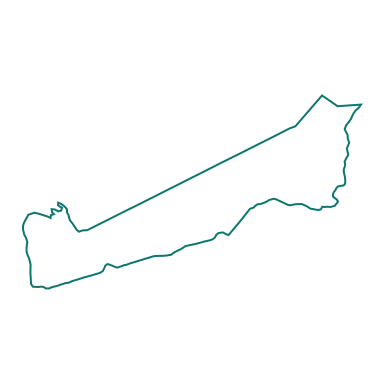 outline of São Bento, Maranhão, Brazil
{"feature_id": "56859067B97105497682908", "entity_name": "São Bento", "entity_type": "district", "adm_level": 2, "iso_a3": "BRA", "parent_name": "Brazil", "parent_adm1": "Maranhão", "projection": "orthographic", "projection_center": [-45.016, -2.785], "detail": "fine", "context": "isolated", "style": "outline", "palette": "teal", "viewbox_px": 384, "rotation_deg": 0, "n_neighbors": 0, "source": "geoboundaries", "source_scale": "gbopen_adm2", "svg_char_len": 2365}
<svg xmlns="http://www.w3.org/2000/svg" viewBox="0 0 384 384"><path d="M361.0,104.6L337.6,106.2L322.0,95.5L295.4,126.3L289.4,128.5L285.9,130.3L279.8,133.4L271.0,137.9L260.2,143.3L238.0,154.5L232.5,157.2L222.0,162.4L209.8,168.6L175.9,185.7L154.7,196.4L133.6,207.0L130.8,208.3L87.2,230.2L82.7,230.4L78.9,231.7L76.7,229.8L72.2,223.0L70.2,220.8L69.2,218.2L68.5,215.1L66.9,212.3L67.1,209.5L65.6,207.6L63.2,205.3L60.6,203.7L58.2,202.7L58.0,205.2L59.9,206.7L62.0,207.6L61.2,210.5L58.3,211.4L54.9,209.5L51.6,209.2L52.1,212.3L53.9,214.2L50.8,215.2L50.6,218.0L47.5,216.5L38.7,213.7L34.3,212.7L30.6,214.0L28.3,214.8L24.0,222.7L23.0,226.0L23.0,229.2L24.3,234.7L26.0,237.9L27.3,242.1L26.5,248.0L26.6,251.6L27.4,254.5L29.3,259.1L30.6,264.8L30.4,272.6L31.1,284.1L32.9,286.7L38.3,287.0L41.1,286.6L43.6,287.0L45.8,288.4L49.0,288.5L51.3,287.4L54.2,286.6L57.3,285.9L59.3,285.1L62.9,283.9L66.3,282.9L68.6,282.8L71.5,281.4L74.4,280.4L76.9,279.7L79.8,278.8L82.6,277.9L85.2,277.1L90.1,275.8L95.9,274.1L98.3,273.4L100.7,272.5L102.9,270.9L104.2,268.4L105.3,265.7L107.3,264.1L109.5,264.6L112.0,265.6L115.0,266.9L117.3,267.6L120.3,266.6L123.8,265.3L126.7,264.7L130.3,263.3L133.8,262.3L136.6,261.4L139.1,260.6L141.7,259.9L145.0,258.8L149.5,257.5L153.3,256.3L155.8,256.0L158.2,255.9L161.3,255.9L164.9,255.7L167.9,255.3L171.1,254.8L173.8,252.6L178.2,250.4L180.9,249.1L183.1,247.7L185.3,246.2L190.3,245.0L193.0,244.5L195.2,244.0L198.9,243.1L202.9,241.9L207.1,240.9L210.2,240.2L212.6,239.3L214.9,237.5L216.4,234.7L218.4,233.1L222.8,232.4L226.2,234.2L228.5,235.1L240.6,220.7L250.0,208.8L253.6,207.6L255.8,205.4L257.8,204.2L260.3,204.1L264.2,202.7L266.8,201.5L269.2,200.0L273.8,198.7L276.3,199.4L281.6,201.9L284.6,203.3L287.9,204.9L290.3,205.3L292.8,204.7L296.2,204.2L301.6,204.0L304.7,205.3L307.2,206.5L310.3,208.6L316.1,209.7L318.4,210.0L320.8,209.4L322.3,206.8L324.9,207.0L327.3,206.7L330.2,207.0L334.6,205.9L338.0,201.8L336.9,199.6L333.1,196.8L332.9,194.6L333.7,192.3L335.4,190.1L336.7,187.7L338.6,186.2L343.7,185.4L345.1,183.7L345.3,180.1L344.9,177.0L344.4,174.5L343.8,171.8L343.8,169.5L344.5,167.4L345.2,164.6L344.6,161.7L346.3,158.1L348.3,154.9L347.3,150.7L346.9,148.2L348.0,145.6L349.2,142.7L347.7,138.5L347.7,135.5L346.7,133.2L344.7,129.3L345.9,125.7L348.7,122.1L350.9,119.1L352.0,116.4L353.5,113.5L355.8,110.2L358.9,107.7L361.0,104.6Z" fill="none" stroke="#0f766e" stroke-width="2"/></svg>